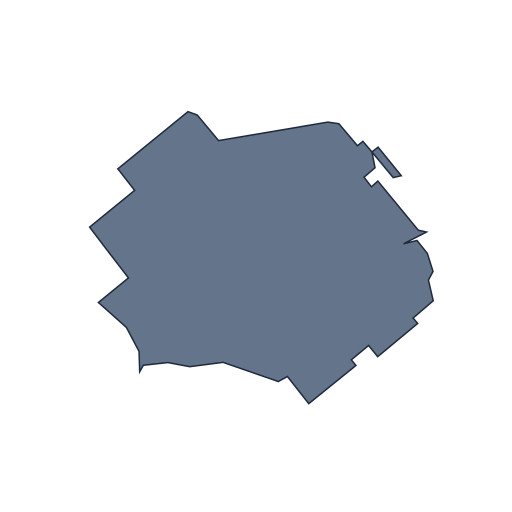 outline of Macon, Georgia, United States of America, rotated 50°
{"feature_id": "52423323B39498554570505", "entity_name": "Macon", "entity_type": "district", "adm_level": 2, "iso_a3": "USA", "parent_name": "United States of America", "parent_adm1": "Georgia", "projection": "natural_earth1", "projection_center": [-84.01, 32.351], "detail": "fine", "context": "isolated", "style": "filled", "palette": "slate", "viewbox_px": 512, "rotation_deg": 50, "n_neighbors": 0, "source": "geoboundaries", "source_scale": "gbopen_adm2", "svg_char_len": 768}
<svg xmlns="http://www.w3.org/2000/svg" viewBox="0 0 512 512"><g transform="rotate(50 256 256)"><path d="M404.2,149.0L385.3,139.4L381.6,130.3L364.2,123.1L347.6,122.7L341.5,135.1L347.2,110.0L340.5,115.1L276.9,114.5L277.2,123.1L265.1,122.6L264.9,108.1L250.8,100.3L236.9,100.4L236.7,107.4L207.9,107.5L199.6,114.9L143.5,210.5L110.2,210.4L101.7,215.3L101.4,236.7L100.4,305.8L127.7,306.8L126.9,364.9L155.5,366.3L190.8,367.8L190.3,406.6L227.4,401.2L253.9,406.9L269.9,419.5L267.3,412.5L281.0,392.0L298.2,377.9L316.3,349.6L366.5,319.6L368.5,309.4L403.0,310.5L404.1,249.8L396.8,249.7L396.9,227.3L411.3,227.5L411.4,216.8L411.6,175.5L404.5,175.5L404.2,149.0ZM287.9,93.1L251.1,92.5L250.8,100.3L284.1,100.5L287.9,93.1Z" fill="#64748b" stroke="#1e293b" stroke-width="1.5"/></g></svg>